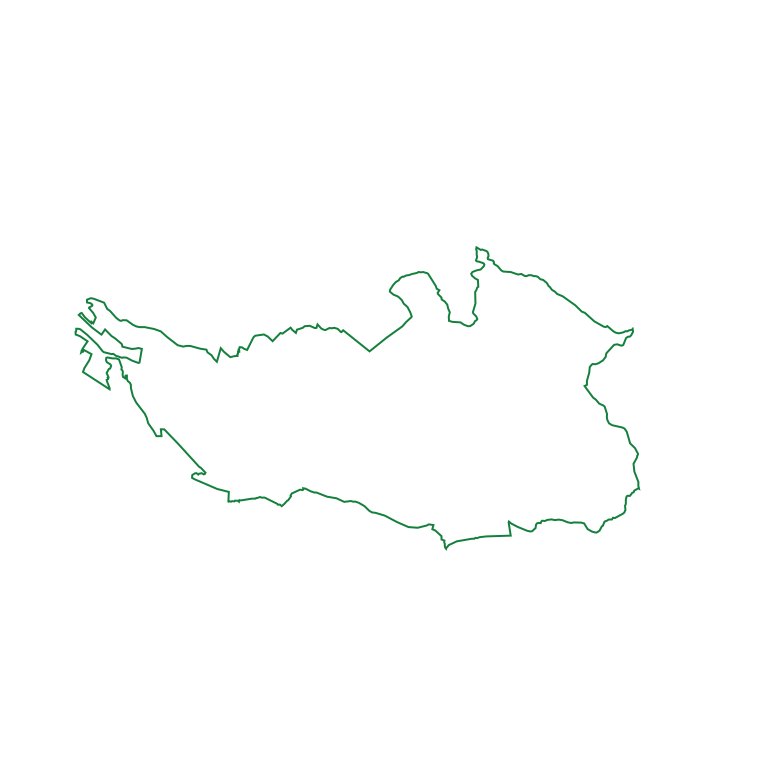 Valcau De Jos, Salaj, Romania, rotated 232°
{"feature_id": "2599482B85911950324638", "entity_name": "Valcau De Jos", "entity_type": "district", "adm_level": 2, "iso_a3": "ROU", "parent_name": "Romania", "parent_adm1": "Salaj", "projection": "natural_earth1", "projection_center": [22.736, 47.091], "detail": "fine", "context": "isolated", "style": "outline", "palette": "green", "viewbox_px": 768, "rotation_deg": 232, "n_neighbors": 0, "source": "geoboundaries", "source_scale": "gbopen_adm2", "svg_char_len": 6166}
<svg xmlns="http://www.w3.org/2000/svg" viewBox="0 0 768 768"><g transform="rotate(232 384 384)"><path d="M274.3,613.8L274.1,612.8L275.4,610.1L275.8,608.0L276.9,606.9L277.4,604.3L279.3,600.3L281.8,598.2L284.2,597.2L292.2,595.6L292.3,593.8L294.0,592.4L303.9,588.3L316.4,586.1L319.3,584.4L328.3,583.2L343.1,578.8L348.3,575.9L351.6,575.5L354.8,574.3L358.5,574.4L359.7,574.0L363.2,574.5L368.0,573.5L370.3,571.7L373.7,571.2L375.5,570.1L376.8,568.4L378.5,567.5L380.5,565.3L381.3,562.7L382.3,561.5L386.1,560.0L387.8,557.0L394.2,552.8L399.2,547.2L401.4,546.3L407.0,546.1L410.5,544.7L411.6,544.8L412.3,545.7L414.1,545.8L418.3,542.8L419.6,543.4L420.3,544.9L421.9,546.1L423.8,546.8L425.5,546.7L429.5,544.2L430.1,542.8L434.7,541.0L433.5,539.6L431.6,538.9L428.8,536.6L426.7,535.6L424.7,532.5L423.4,532.7L422.0,534.1L417.8,536.8L416.3,536.6L415.4,535.4L414.7,530.7L416.4,527.3L417.8,522.8L417.2,520.6L415.1,520.0L410.8,520.9L408.2,522.1L402.5,518.1L402.6,516.9L401.0,514.3L400.4,512.5L391.1,505.6L385.8,498.2L384.5,497.8L380.5,498.3L377.7,497.5L377.3,496.2L377.5,494.3L376.5,492.4L376.3,491.2L376.6,487.5L377.8,485.8L381.5,483.5L385.5,482.2L390.7,476.3L393.7,474.1L397.3,476.6L400.0,480.0L403.9,481.0L407.6,482.7L411.4,482.7L415.1,481.5L416.8,482.5L421.9,481.9L422.7,482.3L423.8,485.4L426.6,484.2L429.6,485.2L443.6,486.6L444.5,486.4L448.2,483.7L449.5,481.5L450.8,480.5L451.4,478.0L453.5,473.6L454.4,470.8L455.9,468.2L456.4,465.5L457.2,464.7L457.5,462.2L456.6,459.2L457.1,456.0L456.3,452.0L454.5,446.8L453.2,445.5L452.6,445.6L448.5,446.5L444.9,448.6L442.8,449.2L438.9,449.7L435.3,449.0L430.1,449.9L424.2,448.8L420.1,447.4L419.8,446.8L419.2,439.5L418.1,433.9L418.9,414.6L418.6,392.7L451.5,384.9L451.1,382.4L451.6,382.0L455.9,381.5L458.8,379.5L460.4,376.7L461.6,375.7L462.6,371.1L463.3,370.3L466.0,368.8L471.9,368.3L469.8,365.3L470.6,364.0L475.6,361.3L478.4,357.0L478.3,354.5L480.4,348.9L478.5,346.0L483.3,345.0L485.9,345.1L486.2,335.0L488.0,333.8L486.3,322.6L493.1,321.6L497.0,319.8L501.3,312.3L501.2,310.2L500.6,308.7L495.1,297.1L497.7,295.5L500.4,294.6L501.9,292.9L500.3,290.9L500.6,290.6L500.0,290.1L499.3,290.4L498.5,289.8L499.3,288.8L498.2,288.0L497.3,286.9L497.5,286.5L496.3,285.8L498.1,283.2L499.8,279.4L507.9,277.7L512.7,277.4L504.4,266.0L508.6,265.5L512.9,265.8L517.5,264.4L520.4,265.2L525.0,260.9L533.2,254.8L535.6,251.8L537.1,248.8L541.6,245.3L554.2,242.1L562.9,240.5L568.9,236.7L576.3,230.3L579.2,226.5L581.8,224.3L585.2,222.6L592.7,220.4L595.2,217.3L595.6,215.7L597.0,214.7L601.0,213.7L610.3,213.1L613.5,212.1L620.4,213.5L630.0,207.7L632.1,205.8L633.3,201.9L631.1,200.2L628.3,202.5L626.3,203.0L625.5,202.6L625.3,202.0L625.8,198.7L625.4,198.3L619.1,198.6L613.8,197.8L610.8,192.3L613.0,191.8L612.1,190.9L613.2,190.6L620.7,189.4L626.1,189.5L626.5,188.3L626.3,186.0L608.5,188.6L597.2,191.6L596.8,191.8L598.7,197.8L589.6,198.8L585.4,200.2L577.4,201.9L576.0,201.7L574.5,200.8L566.9,206.8L564.7,210.2L563.6,212.6L560.7,214.8L551.4,204.5L551.7,203.5L557.3,200.0L563.3,197.3L565.4,195.0L565.9,193.7L571.6,190.0L574.3,189.3L575.4,187.6L581.6,182.8L583.3,182.4L591.2,182.4L605.4,180.4L614.0,178.4L615.4,177.5L617.0,175.5L615.1,173.8L615.0,173.0L612.8,171.5L608.8,173.9L600.1,176.7L597.7,169.2L596.5,166.4L595.2,164.8L595.2,165.9L594.7,166.8L595.5,168.5L587.6,171.9L584.1,166.3L581.0,157.7L578.8,154.2L548.8,164.5L549.6,165.2L556.8,167.4L558.0,168.0L557.7,169.4L558.0,170.0L559.1,170.2L559.0,171.1L563.4,172.2L565.2,176.4L564.8,177.7L566.3,180.2L567.9,180.5L571.9,179.0L574.1,179.7L575.6,181.3L575.1,182.5L571.4,185.7L569.2,188.6L566.5,190.3L558.7,187.7L557.1,186.0L555.7,186.2L554.2,185.6L552.6,184.0L550.4,182.7L547.9,183.5L549.7,185.5L548.9,186.6L546.2,184.4L543.9,183.9L541.6,184.5L539.3,184.1L536.7,182.1L529.1,178.7L521.9,177.3L507.9,177.2L503.5,176.2L498.2,174.0L489.3,173.6L483.0,172.6L479.9,176.6L485.7,180.3L483.5,182.9L463.4,185.0L432.1,187.4L431.2,188.0L424.0,188.7L423.4,187.3L423.7,186.4L426.0,185.4L427.2,182.9L427.0,181.9L429.3,181.3L430.0,179.9L430.3,176.9L428.3,175.0L425.9,175.9L404.0,187.9L394.5,195.3L387.2,189.0L386.8,189.2L386.7,190.2L385.4,191.0L385.3,192.0L383.6,193.9L383.8,194.8L382.1,196.8L380.6,197.2L381.5,198.1L381.5,198.6L380.4,199.5L375.0,209.3L372.7,212.3L372.8,213.2L372.1,214.2L371.3,216.7L369.7,217.7L368.0,220.0L355.3,226.1L354.2,226.1L353.1,227.7L350.7,228.2L350.9,231.7L351.6,235.7L351.4,237.1L352.8,241.6L353.7,241.8L354.5,244.0L352.4,252.8L350.5,254.6L350.6,255.6L351.6,256.1L349.9,257.7L344.5,260.2L341.1,262.5L340.3,263.8L330.2,269.8L323.2,276.2L315.6,280.1L312.2,285.8L310.1,287.4L309.0,289.0L305.9,291.0L299.9,293.4L293.3,294.3L290.2,295.5L287.7,298.0L279.8,303.6L267.1,309.3L256.2,315.2L250.0,322.0L246.2,330.5L245.8,332.9L242.4,336.1L239.8,332.7L236.8,334.3L228.7,335.6L226.0,333.6L223.4,335.2L222.2,334.0L220.4,333.4L219.2,332.3L217.5,331.5L216.0,331.5L216.8,332.5L216.5,333.2L217.2,335.8L215.2,344.5L207.9,358.1L206.5,359.8L206.5,361.2L205.1,362.7L204.5,364.9L200.9,370.8L186.5,390.5L198.2,397.0L198.7,397.7L195.6,398.4L189.0,401.4L180.3,406.4L177.9,408.3L176.8,410.0L177.2,414.8L179.4,417.0L180.0,418.6L179.5,420.1L177.9,421.8L178.8,423.3L178.9,424.5L177.0,426.4L176.4,428.9L174.2,432.6L171.6,434.8L169.4,438.4L166.6,440.9L161.9,443.6L159.1,446.1L158.1,448.3L153.4,454.0L150.9,455.9L144.4,455.1L139.7,457.0L137.0,459.0L136.0,460.2L135.7,463.5L137.7,468.0L137.6,469.4L139.5,472.4L139.7,473.6L139.0,475.5L138.9,477.5L136.9,480.3L137.6,482.1L136.2,483.4L134.7,492.4L134.8,494.3L136.2,496.8L139.6,498.9L140.6,500.7L144.0,503.4L146.0,505.9L146.0,507.0L144.4,509.0L145.4,512.4L145.0,514.1L145.9,515.6L145.2,520.2L144.5,520.5L147.3,521.8L150.1,524.1L160.9,527.4L167.5,531.5L170.4,538.3L171.4,539.1L172.1,540.8L173.2,541.3L178.9,542.3L185.7,541.4L196.9,545.9L200.8,546.1L202.9,545.1L211.1,538.4L214.5,537.1L218.3,537.9L221.1,539.5L222.9,541.2L230.1,543.9L231.6,543.8L236.1,541.5L241.2,541.3L244.6,540.4L258.9,540.8L258.4,543.4L261.5,545.8L266.4,552.5L270.7,556.6L271.4,559.7L271.3,560.7L269.5,562.6L268.3,565.8L267.8,571.1L268.9,575.4L270.9,577.5L271.4,578.7L273.2,589.4L271.7,592.2L268.0,594.7L267.4,596.5L271.1,602.9L271.1,605.2L270.0,606.9L270.2,608.8L271.9,612.5L274.3,613.8Z" fill="none" stroke="#15803d" stroke-width="2"/></g></svg>